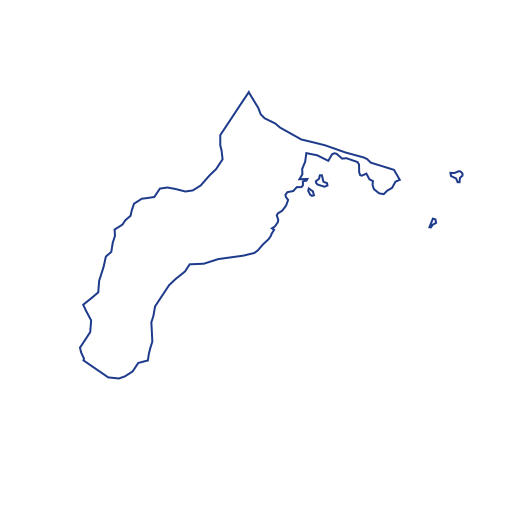 the district of Kumya, Hamgyŏng-namdo, North Korea, rotated 303°
{"feature_id": "82179303B64116140751716", "entity_name": "Kumya", "entity_type": "district", "adm_level": 2, "iso_a3": "PRK", "parent_name": "North Korea", "parent_adm1": "Hamgyŏng-namdo", "projection": "equal_earth", "projection_center": [127.363, 39.407], "detail": "fine", "context": "isolated", "style": "outline", "palette": "blue", "viewbox_px": 512, "rotation_deg": 303, "n_neighbors": 0, "source": "geoboundaries", "source_scale": "gbopen_adm2", "svg_char_len": 2294}
<svg xmlns="http://www.w3.org/2000/svg" viewBox="0 0 512 512"><g transform="rotate(303 256 256)"><path d="M282.4,257.2L282.6,257.0L287.9,256.9L287.9,254.3L291.2,255.8L296.4,255.9L298.5,254.9L301.5,251.2L303.8,251.2L308.2,253.3L314.6,253.8L320.5,252.4L321.9,248.7L323.5,247.3L326.7,247.6L330.8,251.9L336.0,252.7L338.5,256.6L340.8,256.9L344.1,254.7L346.8,257.3L348.6,257.1L344.0,250.6L349.8,250.4L354.2,247.3L361.8,245.9L369.7,242.2L373.8,252.5L375.2,264.8L382.7,264.4L384.8,265.7L385.6,268.0L384.6,275.3L387.2,278.4L389.7,288.4L390.1,290.0L388.8,292.6L382.3,297.0L380.6,299.3L381.0,301.0L385.2,303.7L382.1,309.4L382.5,313.3L379.1,315.0L376.3,318.5L375.6,325.1L377.4,329.4L382.1,330.4L387.2,333.0L394.3,332.5L398.2,335.1L403.2,325.2L403.4,324.8L396.8,301.4L397.8,296.4L397.3,292.6L391.5,274.5L386.4,253.4L382.6,242.4L378.4,230.5L376.8,206.3L377.6,200.0L376.2,188.2L377.4,182.8L381.4,177.3L389.2,161.1L389.5,160.7L373.6,160.5L358.3,160.4L346.4,160.3L337.9,160.2L329.3,165.8L325.8,169.6L318.9,175.3L307.0,175.2L298.6,173.2L285.0,171.2L276.6,167.3L271.6,161.6L268.4,152.1L265.2,144.4L260.2,138.7L253.5,138.6L250.1,138.6L245.1,132.9L241.8,129.0L233.4,125.2L226.5,127.0L221.4,128.9L214.7,126.9L209.6,126.9L201.2,123.0L199.3,124.4L196.0,126.8L189.2,128.6L180.6,132.4L173.8,130.4L163.6,134.2L149.9,137.9L139.6,143.5L132.8,141.5L121.0,137.6L117.5,143.3L112.2,152.8L101.9,158.4L93.4,158.4L83.2,158.3L79.7,162.1L76.2,167.7L74.5,168.1L74.4,171.5L74.1,182.9L73.9,190.6L73.7,198.2L78.6,207.7L83.6,211.6L92.0,215.4L102.2,215.5L109.5,222.2L115.7,219.4L120.9,217.6L127.7,215.7L138.1,208.2L143.3,204.4L150.1,202.5L158.7,198.8L172.3,198.9L184.2,199.0L192.6,201.0L204.4,204.9L212.9,204.9L221.1,216.4L232.8,226.0L239.5,233.7L249.4,245.2L257.7,253.0L261.7,254.5L269.4,255.5L277.0,257.4L281.3,257.5L282.4,257.2ZM437.5,384.4L438.3,381.8L437.7,380.0L433.6,377.2L431.6,373.8L429.3,376.0L430.0,381.6L427.7,384.9L428.7,386.5L432.6,384.5L435.8,385.4L437.5,384.4ZM351.2,265.5L349.9,266.8L349.5,268.9L351.4,275.7L354.1,277.5L355.8,275.9L355.0,272.1L359.6,267.3L358.4,265.6L355.1,266.8L351.2,265.5ZM384.4,386.6L383.7,384.0L374.6,385.8L375.2,387.1L378.4,387.1L381.8,389.0L384.4,386.6ZM341.2,268.5L341.4,263.5L339.1,264.3L336.9,268.1L336.9,270.2L338.5,271.5L341.2,268.5Z" fill="none" stroke="#1e3a8a" stroke-width="2"/></g></svg>